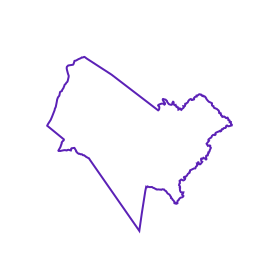 outline of Novo Repartimento, Pará, Brazil, rotated 219°
{"feature_id": "56859067B50073912473669", "entity_name": "Novo Repartimento", "entity_type": "district", "adm_level": 2, "iso_a3": "BRA", "parent_name": "Brazil", "parent_adm1": "Pará", "projection": "mercator", "projection_center": [-50.465, -4.525], "detail": "fine", "context": "isolated", "style": "outline", "palette": "violet", "viewbox_px": 256, "rotation_deg": 219, "n_neighbors": 0, "source": "geoboundaries", "source_scale": "gbopen_adm2", "svg_char_len": 5739}
<svg xmlns="http://www.w3.org/2000/svg" viewBox="0 0 256 256"><g transform="rotate(219 128 128)"><path d="M49.2,195.8L49.6,195.9L49.8,195.6L50.1,195.6L50.4,195.8L50.9,196.4L51.2,196.6L51.5,196.7L51.5,197.0L51.7,197.3L52.6,196.5L53.2,197.4L53.9,197.8L54.2,197.8L54.7,197.3L55.1,197.3L56.0,198.3L57.1,198.7L57.4,198.5L57.6,197.7L57.9,197.5L58.3,197.4L58.8,197.4L59.4,197.6L60.2,197.3L60.6,197.4L60.9,197.1L61.2,196.4L61.5,196.1L61.9,196.0L62.7,196.6L63.5,196.4L63.8,196.5L64.4,197.3L64.7,197.4L65.0,197.2L65.3,197.3L65.5,197.6L65.8,197.3L66.5,197.0L66.8,197.1L67.0,197.8L67.5,198.1L68.1,198.3L68.4,198.6L71.1,198.7L72.2,198.3L72.7,198.3L73.2,197.9L73.6,197.9L74.0,197.9L74.3,198.2L75.4,198.4L75.5,198.7L76.8,198.4L77.4,198.8L78.0,199.8L78.4,200.1L79.0,199.9L79.4,199.9L80.6,199.6L81.3,199.3L81.7,199.4L82.2,199.3L85.1,199.8L86.0,200.4L86.3,200.3L87.1,200.6L87.4,200.8L88.1,200.8L88.8,200.3L89.4,200.6L89.7,200.5L90.0,199.8L90.4,199.6L91.0,199.7L91.2,200.0L91.9,200.1L92.6,199.5L92.9,199.6L93.2,199.5L93.8,199.1L94.0,198.8L94.3,197.3L94.9,196.7L95.1,196.4L94.5,196.0L94.4,195.6L94.9,195.2L95.5,194.2L95.6,193.1L95.5,192.7L95.0,192.4L94.7,191.8L94.9,191.3L95.5,191.0L95.7,190.2L95.9,190.0L96.2,189.8L97.0,190.1L97.4,190.1L97.6,189.8L98.1,188.7L98.1,186.8L97.7,185.6L97.7,185.2L98.0,184.5L98.1,183.5L98.5,183.3L98.8,182.9L98.7,182.6L97.7,181.3L97.6,180.9L97.7,180.5L98.7,179.8L98.2,179.5L97.7,179.4L97.6,178.3L98.1,176.7L97.9,176.0L98.0,175.6L100.1,175.9L100.4,175.2L100.2,174.4L100.4,174.0L100.9,174.5L102.4,175.5L103.0,175.0L103.7,174.9L104.1,175.1L104.2,175.4L105.1,175.3L105.2,175.7L105.5,175.9L105.8,175.3L106.1,175.1L106.9,175.1L107.8,175.6L108.5,176.5L109.2,176.9L109.5,176.8L109.5,176.4L109.3,175.4L108.7,174.4L108.6,174.0L108.8,173.4L109.5,172.9L111.1,172.3L111.5,172.3L113.6,172.8L115.0,173.6L115.3,173.5L116.6,173.7L118.5,172.8L118.9,172.7L119.1,172.4L119.0,172.1L118.5,171.6L117.2,171.1L115.3,170.7L114.6,170.3L114.3,169.9L114.4,169.1L114.8,169.0L115.6,169.2L116.0,169.1L117.4,167.9L118.7,165.6L118.8,165.1L118.9,164.8L118.7,164.4L117.3,164.3L116.4,163.5L115.6,162.1L115.5,161.5L115.7,160.7L174.4,159.1L203.8,156.0L206.3,155.9L206.8,155.7L207.6,154.2L208.3,153.8L208.7,152.4L209.8,150.4L210.8,147.8L211.8,146.5L210.7,143.8L210.5,142.8L210.7,142.4L213.8,139.0L214.0,137.1L213.8,136.7L213.4,136.0L212.2,134.9L208.8,132.4L207.0,131.3L206.3,130.4L204.8,127.3L204.3,126.1L204.2,125.6L204.4,124.6L204.2,123.0L204.4,122.1L204.4,121.5L203.8,120.1L203.7,119.5L203.3,118.4L203.1,116.1L202.7,115.4L202.7,114.9L203.3,113.8L203.4,113.1L202.0,110.5L201.7,109.8L201.7,107.7L201.0,105.6L199.7,103.3L197.4,98.9L196.9,96.8L196.3,95.8L194.2,89.2L193.2,85.7L192.6,80.3L192.2,78.9L170.7,78.8L170.4,78.4L170.2,77.8L170.5,76.3L170.4,75.0L169.9,74.5L169.6,73.5L169.3,73.1L169.3,72.4L168.8,71.6L168.7,71.0L168.5,70.6L167.9,66.7L167.5,66.5L166.2,67.5L163.6,70.7L162.7,71.3L162.4,71.6L161.9,71.7L161.5,72.0L161.3,72.3L161.3,72.7L160.7,73.5L159.2,74.2L159.0,74.5L158.3,74.6L158.4,75.0L158.9,75.5L158.9,75.9L159.1,76.2L159.1,76.7L158.4,77.3L158.1,77.9L157.1,78.8L154.1,77.7L153.7,77.5L153.5,77.1L152.1,77.0L151.7,76.8L151.3,76.8L149.9,77.0L149.5,77.5L148.3,77.7L147.7,78.3L147.2,78.6L146.0,78.5L145.7,78.6L145.2,79.1L144.9,79.2L143.7,79.2L143.2,79.3L142.1,79.2L141.6,79.4L139.7,79.7L139.1,79.9L138.3,79.5L54.5,55.2L63.7,70.6L75.0,90.1L76.8,93.6L76.3,93.6L76.0,93.8L76.1,94.8L74.4,95.4L73.0,96.5L72.3,97.2L70.6,97.4L69.7,97.8L68.6,97.9L67.9,98.2L67.4,98.1L66.6,98.5L66.0,99.2L64.6,100.1L64.2,100.5L63.4,100.8L63.1,101.1L62.9,101.8L62.6,102.1L61.2,102.9L60.9,102.7L59.7,102.7L59.0,102.9L58.7,102.7L58.0,102.7L56.3,102.1L55.3,102.1L54.3,102.3L53.2,102.2L52.5,101.8L51.6,101.7L51.1,101.4L50.7,100.7L50.4,100.6L49.8,100.9L49.1,100.8L48.7,100.5L48.2,100.3L47.2,100.3L45.3,99.8L44.9,98.9L44.5,98.8L43.6,99.2L43.2,99.3L42.7,99.6L42.3,100.4L43.2,100.7L42.9,101.5L43.3,102.2L43.6,102.5L43.6,103.1L43.3,104.1L43.6,105.3L43.3,107.0L42.5,107.9L42.1,108.6L42.0,109.7L42.2,110.1L44.0,110.2L44.2,110.7L44.0,111.8L44.3,112.1L44.5,112.8L44.8,112.6L45.7,111.7L46.6,111.4L48.0,112.0L49.2,113.1L49.6,113.6L49.6,114.0L50.0,114.4L50.5,114.5L50.5,115.0L51.1,115.4L52.4,115.7L53.0,117.1L52.9,117.7L53.1,118.0L53.5,118.2L53.7,118.7L53.9,119.0L54.5,119.2L54.7,119.5L54.3,120.7L54.3,121.2L54.0,121.6L52.8,121.8L52.1,122.0L51.6,122.8L51.5,123.4L51.5,124.1L51.8,124.8L52.2,125.0L52.5,124.6L53.0,124.5L53.4,124.7L53.6,125.3L52.5,126.7L52.3,127.1L52.4,127.5L52.3,127.8L52.3,128.3L52.6,130.0L52.0,132.0L52.2,132.3L52.5,132.4L52.4,133.1L53.1,134.1L51.2,138.2L50.3,138.9L50.4,139.6L50.9,140.6L50.6,142.2L50.8,142.5L51.2,142.8L51.5,143.6L52.1,143.9L51.8,144.2L51.9,145.6L51.6,145.7L51.3,145.6L50.4,144.6L50.0,144.5L49.0,145.4L49.1,145.7L48.9,146.4L49.0,148.4L49.8,148.3L50.3,148.5L50.5,148.8L51.2,149.2L51.4,149.6L51.8,150.0L51.8,150.4L51.6,150.6L50.9,150.8L50.7,151.0L50.6,151.7L50.7,152.0L50.7,152.3L50.3,152.4L49.6,152.4L49.0,152.7L47.6,152.6L47.4,152.9L47.5,153.3L48.1,153.6L48.9,154.4L49.1,154.6L49.7,155.5L49.6,156.1L49.0,156.5L48.8,156.8L49.0,157.5L49.6,158.0L49.7,158.4L49.5,159.0L49.6,159.3L50.0,159.3L50.3,159.6L50.0,160.3L49.9,160.9L50.0,161.3L50.5,162.0L50.5,162.6L50.8,163.2L50.9,164.2L51.2,164.8L52.8,165.2L52.9,165.9L53.2,166.0L54.2,165.4L54.7,164.4L57.0,165.2L57.0,169.0L57.7,169.0L58.0,169.3L58.2,169.6L58.2,170.0L57.8,171.8L57.3,173.1L57.8,174.7L57.6,175.8L57.5,176.2L57.0,176.7L56.0,177.2L55.8,177.9L55.9,178.2L56.7,178.7L56.8,179.5L55.8,181.6L55.4,182.1L54.9,183.5L54.4,183.6L54.1,183.5L53.7,184.2L53.8,184.8L54.2,185.0L54.2,186.3L53.6,186.7L53.5,187.0L53.6,187.9L53.5,188.2L53.2,188.4L52.3,189.4L52.3,190.1L52.6,190.3L52.7,190.6L53.0,191.7L52.6,192.3L51.2,192.4L50.8,192.9L50.3,193.3L49.5,194.7L49.0,195.2L49.2,195.8Z" fill="none" stroke="#5b21b6" stroke-width="2"/></g></svg>